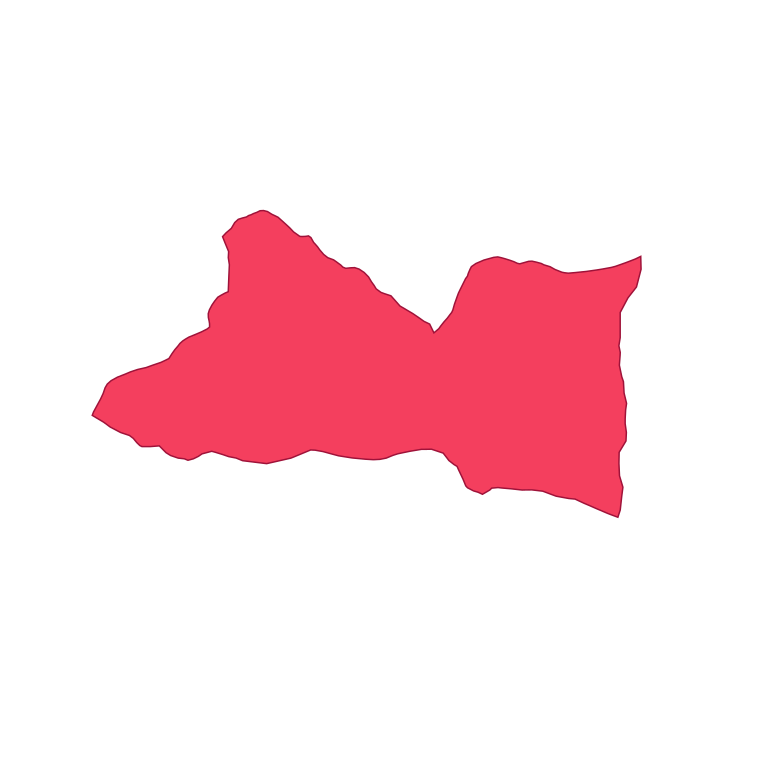 outline of Wangchang, Paro, Bhutan, rotated 160°
{"feature_id": "84629894B96317495800587", "entity_name": "Wangchang", "entity_type": "district", "adm_level": 2, "iso_a3": "BTN", "parent_name": "Bhutan", "parent_adm1": "Paro", "projection": "mercator", "projection_center": [89.426, 27.411], "detail": "fine", "context": "isolated", "style": "filled", "palette": "rose", "viewbox_px": 768, "rotation_deg": 160, "n_neighbors": 0, "source": "geoboundaries", "source_scale": "gbopen_adm2", "svg_char_len": 3158}
<svg xmlns="http://www.w3.org/2000/svg" viewBox="0 0 768 768"><g transform="rotate(160 384 384)"><path d="M227.6,194.8L218.2,186.0L215.8,183.9L209.8,178.8L205.1,184.8L199.1,197.0L194.8,205.3L194.1,217.2L190.4,229.0L186.4,239.4L176.1,247.7L172.8,255.6L170.9,264.4L169.2,269.0L165.8,277.0L162.7,282.8L161.5,293.4L158.2,304.3L158.1,309.5L156.4,321.2L152.5,329.8L151.2,332.9L150.2,339.6L146.2,346.8L137.6,370.4L125.3,381.5L113.6,388.8L103.2,403.9L99.1,416.1L105.0,415.5L109.3,415.4L115.3,415.3L126.3,415.4L130.6,415.8L139.4,417.3L145.2,418.4L155.5,420.6L166.2,423.3L172.9,425.1L176.3,426.8L178.6,428.2L184.1,433.1L187.8,437.4L193.0,441.3L194.9,443.4L199.0,446.3L202.9,448.8L206.1,449.8L212.7,450.3L215.3,450.5L217.4,451.8L220.1,454.5L223.5,457.3L227.3,460.2L230.5,462.5L233.6,464.5L237.7,465.5L247.7,466.3L256.4,465.8L261.7,464.4L263.8,462.5L266.9,459.2L268.7,456.8L271.3,455.1L279.4,447.4L282.9,444.0L285.7,440.7L290.4,435.0L294.0,430.0L295.9,428.1L298.5,426.5L302.0,424.2L306.3,421.9L311.0,419.0L313.6,417.2L319.6,415.0L320.6,424.7L325.0,429.2L327.8,433.3L332.9,440.4L342.3,451.8L347.3,464.5L352.4,468.5L355.5,471.1L358.8,476.0L359.6,480.0L360.8,484.2L361.9,489.9L364.5,495.6L368.1,500.5L371.8,503.4L375.6,504.6L380.4,505.8L382.7,507.9L383.9,510.5L387.1,515.3L388.9,517.9L393.6,521.9L396.4,526.4L398.5,532.0L399.5,535.6L400.8,539.0L401.7,541.1L402.6,546.6L404.3,549.0L407.0,549.5L410.5,550.6L412.6,551.5L417.0,557.9L419.0,562.6L421.5,567.5L426.5,576.9L428.9,579.4L431.3,581.8L434.5,585.9L437.9,588.2L441.2,589.2L444.8,588.8L448.5,588.8L450.9,588.5L453.6,588.6L456.1,588.0L460.0,588.4L464.6,588.6L469.0,586.8L474.2,582.5L480.8,580.0L485.3,577.7L485.1,570.9L484.7,561.6L487.1,556.0L488.5,549.0L493.1,537.9L498.8,524.0L502.3,523.8L507.0,523.1L510.5,522.4L514.8,519.8L518.7,517.0L522.7,513.4L525.1,510.2L526.3,506.6L526.8,502.9L527.3,500.4L528.4,497.2L531.2,496.2L537.9,495.4L543.4,495.1L551.3,494.8L555.1,494.1L558.4,493.3L561.9,491.9L564.7,490.1L568.8,487.8L573.0,484.9L577.4,481.5L581.8,481.0L586.4,480.6L595.1,480.8L601.9,480.8L610.5,481.9L618.0,482.1L623.7,481.8L632.1,481.6L639.2,480.5L644.0,478.6L647.3,475.9L651.2,471.1L655.5,466.8L660.6,462.3L666.5,457.1L668.9,454.3L660.5,444.0L656.0,437.2L648.1,428.5L640.8,422.7L638.2,418.7L636.3,413.4L634.5,409.7L632.9,408.0L625.3,405.2L616.3,402.7L612.3,394.0L609.0,389.8L602.8,384.8L597.2,382.0L594.3,379.4L588.7,378.9L583.1,379.5L578.9,380.6L568.9,379.7L565.8,377.5L559.6,372.8L554.8,368.9L548.3,365.0L543.1,360.3L521.5,349.3L496.9,346.2L493.7,346.3L475.5,347.1L471.4,345.4L464.5,341.4L457.3,336.3L451.3,332.1L439.2,325.4L427.2,319.7L419.8,316.5L413.6,314.6L407.3,313.6L400.0,313.9L394.9,313.7L389.3,312.9L382.5,311.9L371.2,309.8L368.7,308.9L361.7,306.5L352.0,298.8L350.1,292.9L349.2,289.9L345.7,284.3L343.5,281.6L343.3,278.2L342.3,267.6L342.1,262.8L342.0,260.3L341.0,257.9L336.4,252.9L332.6,250.1L329.2,246.7L324.1,247.6L320.8,248.2L318.4,249.3L312.3,247.7L309.1,246.1L300.1,241.9L290.4,237.1L287.1,236.0L284.0,234.9L281.4,234.0L271.5,229.0L263.2,221.9L260.6,219.7L249.5,213.2L243.8,210.5L242.1,208.8L238.5,205.2L236.8,203.5L232.6,199.6L227.6,194.8Z" fill="#f43f5e" stroke="#9f1239" stroke-width="1.5"/></g></svg>